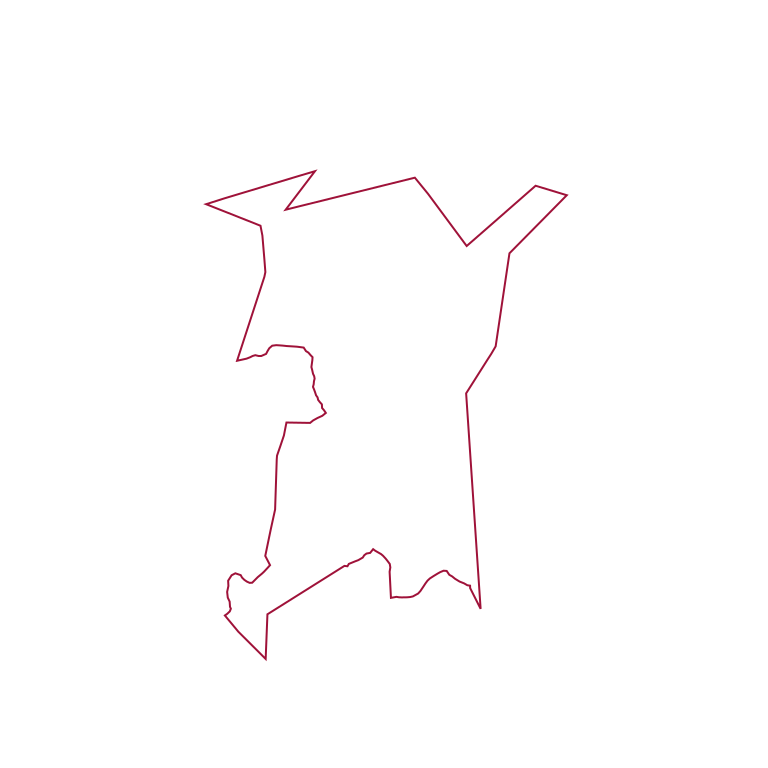 São João do Piauí, Piauí, Brazil, rotated 241°
{"feature_id": "56859067B41034930861152", "entity_name": "São João do Piauí", "entity_type": "district", "adm_level": 2, "iso_a3": "BRA", "parent_name": "Brazil", "parent_adm1": "Piauí", "projection": "equal_earth", "projection_center": [-42.318, -8.328], "detail": "fine", "context": "isolated", "style": "outline", "palette": "rose", "viewbox_px": 768, "rotation_deg": 241, "n_neighbors": 0, "source": "geoboundaries", "source_scale": "gbopen_adm2", "svg_char_len": 2038}
<svg xmlns="http://www.w3.org/2000/svg" viewBox="0 0 768 768"><g transform="rotate(241 384 384)"><path d="M627.5,315.6L582.3,352.7L572.8,349.6L551.2,339.9L539.4,334.5L535.7,331.3L488.1,280.2L475.6,266.8L474.3,271.0L472.8,276.1L472.3,279.9L472.2,282.7L471.6,285.4L469.3,287.9L468.0,290.2L467.5,295.5L469.3,298.2L470.9,301.0L471.7,304.8L470.2,308.6L468.4,311.4L466.5,314.3L464.3,317.4L461.5,321.8L458.8,326.0L456.8,328.7L454.8,331.4L450.6,331.7L448.1,333.1L445.1,333.7L442.1,334.5L439.6,332.9L437.2,331.1L434.0,328.7L431.5,328.1L427.4,326.9L424.6,326.7L422.3,325.9L420.4,324.1L417.9,322.4L415.9,320.5L413.2,320.2L410.1,319.7L407.0,319.1L404.5,319.4L402.1,318.7L399.3,319.1L396.3,319.8L393.0,318.2L390.2,318.8L386.9,319.1L386.1,314.6L386.5,309.5L386.5,304.4L385.8,300.5L397.6,280.0L387.5,271.5L380.1,263.4L373.2,255.7L370.0,253.6L341.9,236.8L327.0,227.9L322.8,224.2L312.0,214.7L306.9,210.3L291.2,196.8L280.8,196.5L279.6,193.0L278.0,188.1L277.3,185.3L276.3,180.0L274.1,172.4L275.2,170.1L277.6,168.3L280.4,166.9L283.5,166.0L286.3,166.0L290.5,162.2L290.6,158.0L287.5,152.3L282.8,150.0L278.2,146.0L272.9,143.8L268.5,143.5L263.8,141.3L261.7,141.1L259.9,138.9L259.0,135.4L258.7,132.6L238.0,136.5L200.9,147.2L239.1,170.4L243.4,248.6L244.1,261.2L242.3,263.7L243.7,266.0L242.9,272.7L242.4,276.1L242.5,281.3L243.8,283.7L244.2,286.5L243.0,290.0L244.8,294.4L242.4,295.5L236.6,299.0L234.2,299.9L230.5,300.8L228.1,301.2L223.8,301.8L220.5,300.6L217.1,297.9L193.6,286.4L191.8,291.7L190.2,293.7L188.8,296.0L186.2,300.9L185.0,303.6L184.2,306.3L184.2,312.3L185.3,315.5L187.6,320.0L189.5,323.6L190.9,326.7L191.7,329.9L192.0,334.3L192.2,339.1L192.2,342.1L191.8,345.6L190.1,348.2L185.5,348.6L182.7,350.3L179.2,351.7L174.6,354.3L170.8,357.4L167.6,359.3L165.9,361.5L163.7,360.4L140.5,359.5L336.0,451.3L355.1,486.3L358.3,492.3L362.8,499.9L437.5,557.1L460.5,635.4L483.9,612.7L470.3,549.8L464.6,523.2L529.0,514.7L549.5,511.0L565.1,453.1L580.5,396.0L584.1,382.5L603.6,426.8L607.1,411.0L623.8,334.1L627.5,315.6Z" fill="none" stroke="#9f1239" stroke-width="2"/></g></svg>